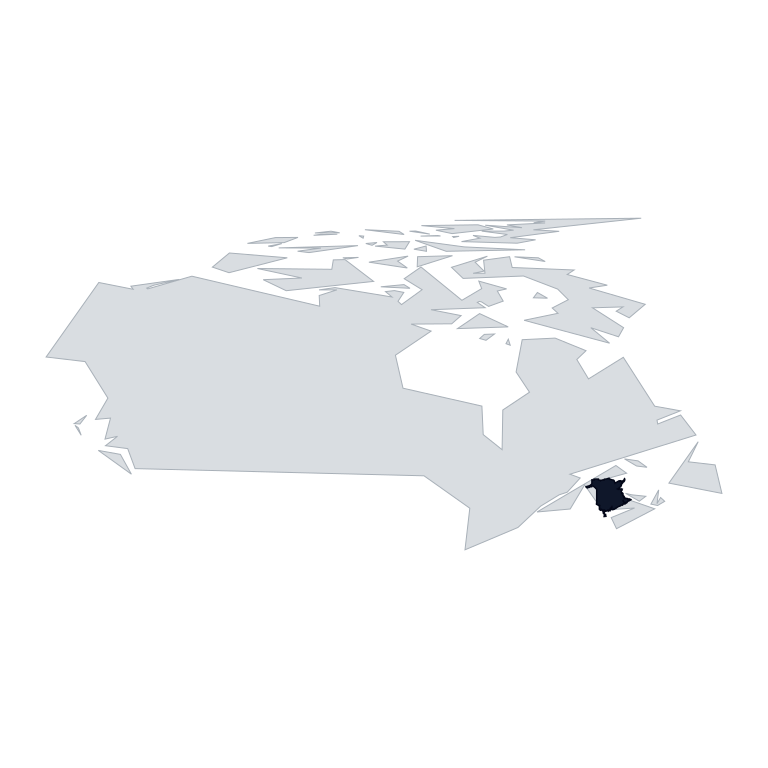 where New Brunswick sits in Canada
{"feature_id": "CAN-684", "entity_name": "New Brunswick", "entity_type": "Province", "adm_level": 1, "iso_a3": "CAN", "parent_name": "Canada", "parent_adm1": "", "projection": "equal_earth", "projection_center": [-65.996, 46.339], "detail": "fine", "context": "in_parent", "style": "filled", "palette": "ink", "viewbox_px": 768, "rotation_deg": 0, "n_neighbors": 0, "source": "natural_earth", "source_scale": "10m", "svg_char_len": 9257}
<svg xmlns="http://www.w3.org/2000/svg" viewBox="0 0 768 768"><path d="M107.9,398.1L85.1,361.6L46.1,357.0L98.8,282.5L133.2,289.3L130.9,286.2L179.3,279.4L153.8,285.2L146.7,288.1L147.7,288.9L191.9,276.2L319.7,306.2L319.2,295.5L336.9,289.9L319.0,289.9L335.0,287.6L392.0,297.0L385.5,291.6L394.4,290.6L403.8,292.4L398.0,301.3L401.5,304.6L422.1,289.7L404.2,278.7L421.0,267.0L461.9,300.3L481.7,288.6L478.8,281.1L506.6,288.9L497.3,291.0L503.2,301.1L488.6,306.4L481.5,301.9L479.4,301.4L477.3,302.4L485.2,307.7L431.0,309.7L461.1,315.6L451.7,323.8L411.1,324.1L431.1,331.1L395.4,355.2L403.0,388.2L481.9,406.1L483.2,434.6L502.1,449.7L502.8,410.0L529.5,392.2L516.1,372.0L522.2,339.7L555.1,338.1L586.0,350.7L576.8,359.5L588.5,378.9L623.3,357.3L654.7,406.2L680.4,410.8L657.0,420.1L657.7,424.0L680.6,415.0L696.0,435.0L569.9,474.2L580.2,478.0L567.2,492.2L559.2,494.8L540.7,506.1L517.9,527.5L465.0,549.8L469.8,508.2L424.0,475.8L135.1,468.6L127.7,448.6L105.5,445.7L117.5,436.3L105.0,439.1L110.5,418.1L95.5,419.4L107.9,398.1ZM473.1,273.3L485.0,273.2L483.6,260.2L509.6,256.7L512.2,267.5L574.1,270.0L567.2,274.5L607.3,285.2L589.1,288.0L645.2,304.3L629.2,317.8L616.2,311.2L623.0,306.9L592.5,307.8L623.6,327.7L618.5,336.8L590.8,327.7L609.6,343.2L524.1,320.3L558.0,313.3L552.2,308.0L568.3,299.7L557.7,289.1L523.5,276.0L463.1,278.4L451.5,267.3L487.4,256.2L475.1,262.2L484.1,271.1L473.1,273.3ZM454.6,220.4L641.2,218.2L533.4,229.8L559.2,231.3L510.2,237.7L535.6,239.8L517.2,243.2L461.5,241.6L479.9,238.2L473.0,235.4L494.9,237.4L500.5,237.0L507.4,234.5L481.7,231.1L503.9,231.1L513.6,230.2L485.2,225.2L522.0,227.7L506.9,224.9L545.1,223.0L533.7,222.7L545.2,221.1L454.6,220.4ZM257.4,268.5L331.8,269.3L333.3,259.9L345.0,259.6L373.6,281.4L286.2,290.7L263.2,279.7L301.9,278.0L257.4,268.5ZM602.3,510.2L584.6,484.9L570.2,509.0L537.0,512.0L615.9,465.5L626.6,473.2L606.0,478.9L624.4,498.3L654.7,508.8L616.5,528.7L611.2,517.6L634.6,508.0L602.3,510.2ZM229.4,253.0L287.3,257.8L229.0,272.7L212.4,267.1L229.4,253.0ZM421.4,225.6L478.0,224.8L493.3,229.0L452.1,233.6L435.9,230.2L454.4,228.6L421.4,225.6ZM415.1,240.3L464.2,246.9L525.1,249.8L446.2,251.3L415.1,240.3ZM278.7,247.9L358.0,245.6L309.0,252.6L297.6,251.2L320.9,248.1L278.7,247.9ZM698.2,441.7L688.3,461.8L715.1,464.9L721.9,493.4L668.9,483.1L698.2,441.7ZM368.9,262.2L408.1,256.1L397.6,261.1L407.3,268.0L368.9,262.2ZM457.5,328.6L479.6,313.6L508.2,326.9L457.5,328.6ZM417.6,256.7L452.5,255.7L417.2,266.8L417.6,256.7ZM298.0,237.4L284.2,242.6L247.4,243.4L275.4,237.6L298.0,237.4ZM409.5,241.7L404.9,249.1L375.0,246.1L387.2,245.1L383.4,241.8L409.5,241.7ZM364.9,229.7L399.0,231.3L404.1,234.5L364.9,229.7ZM98.3,450.4L120.4,454.4L131.4,474.2L98.3,450.4ZM514.5,256.8L538.3,257.8L545.2,261.5L514.5,256.8ZM380.8,286.8L404.0,284.6L410.0,288.3L380.8,286.8ZM426.1,246.0L426.5,251.3L413.9,249.2L426.1,246.0ZM415.6,231.0L429.8,234.1L409.5,231.2L415.6,231.0ZM537.4,292.5L547.5,298.2L533.4,297.8L537.4,292.5ZM320.3,234.4L337.3,234.2L313.6,235.3L320.3,234.4ZM358.5,257.4L347.3,259.0L342.8,257.8L358.5,257.4ZM658.7,489.9L657.0,503.7L660.6,497.5L664.7,501.3L657.6,505.5L650.9,504.1L658.7,489.9ZM331.0,231.2L339.7,232.8L314.9,233.0L331.0,231.2ZM647.0,467.3L636.6,466.0L624.5,458.9L638.1,460.9L647.0,467.3ZM494.5,334.0L486.0,340.3L479.7,338.5L484.3,334.4L494.5,334.0ZM74.2,423.6L86.7,415.3L79.9,424.0L74.2,423.6ZM420.6,236.1L437.8,235.5L440.5,236.0L420.6,236.1ZM377.0,242.5L372.1,245.3L365.8,243.5L377.0,242.5ZM625.5,493.3L631.7,494.8L645.8,496.3L639.3,501.2L625.5,493.3ZM508.3,339.2L510.2,345.2L506.0,343.7L508.3,339.2ZM281.8,243.6L271.6,246.6L268.2,246.1L281.8,243.6ZM459.1,236.3L453.6,237.5L452.7,236.5L459.1,236.3ZM363.7,236.1L363.1,238.2L358.9,235.7L363.7,236.1ZM75.0,425.3L78.4,427.9L81.2,435.3L75.0,425.3Z" fill="#d9dde1" stroke="#a8b0b8" stroke-width="1"/><path d="M601.9,510.1L601.2,509.8L600.9,510.2L600.6,510.3L600.3,510.2L600.0,509.9L599.7,509.4L599.3,509.1L599.3,508.9L599.3,508.7L599.6,508.2L599.7,507.7L599.2,507.0L599.2,506.6L599.7,506.1L599.8,505.7L599.7,505.4L598.7,505.3L598.2,505.2L597.5,504.8L597.2,504.4L597.0,504.5L596.9,504.5L596.5,504.3L596.5,504.1L596.5,503.5L596.5,503.4L596.8,502.9L596.6,502.3L596.9,501.8L596.7,501.4L596.7,489.6L596.6,489.1L596.1,488.8L595.9,488.4L595.5,488.2L595.3,487.8L595.1,487.5L594.7,487.3L594.2,486.8L593.7,486.6L593.4,486.2L593.0,486.0L592.5,485.9L592.1,486.0L591.8,486.4L591.8,486.7L591.4,486.8L591.1,486.6L590.7,486.6L590.1,486.9L589.6,487.3L589.0,487.3L588.6,487.4L587.5,487.9L587.3,487.9L586.2,487.2L586.0,486.8L586.7,486.5L588.6,486.0L590.1,485.4L590.4,485.2L591.6,484.1L591.8,483.9L591.9,483.6L591.9,479.9L594.2,479.9L594.2,479.1L598.4,479.1L598.4,479.8L599.2,480.0L600.0,480.4L600.2,480.5L600.5,480.8L600.6,480.7L600.7,480.3L600.8,480.2L601.2,480.3L601.6,480.2L602.0,480.3L602.3,480.2L602.7,479.9L603.1,479.9L603.3,479.9L603.9,480.2L604.0,480.1L604.0,479.6L604.1,479.4L604.4,479.2L604.7,479.1L605.8,479.2L606.2,479.0L606.8,479.0L607.3,478.7L608.7,478.3L609.0,478.3L608.9,478.7L609.1,478.9L609.3,479.0L609.8,479.0L610.0,479.3L610.1,479.2L612.2,479.9L613.1,480.0L613.5,480.1L613.9,480.4L614.1,480.7L614.6,482.1L614.8,482.4L615.1,482.7L614.8,482.8L615.0,483.2L615.4,482.7L615.6,482.6L616.4,482.5L616.7,482.3L617.3,481.7L618.0,481.5L618.6,481.0L620.2,480.7L620.6,480.8L619.9,481.2L619.8,481.5L620.5,481.4L621.2,481.1L621.9,481.1L622.1,481.2L622.2,481.3L622.2,481.6L621.6,481.7L621.6,481.8L622.2,481.9L622.3,482.2L622.4,482.3L622.4,482.2L622.4,481.8L622.6,481.6L622.8,481.7L623.2,482.0L622.5,482.3L622.5,482.5L622.0,482.6L622.0,482.8L622.1,483.0L621.5,483.7L621.3,483.8L621.3,484.1L621.2,484.3L621.5,484.3L621.1,484.9L621.0,485.0L621.1,484.9L621.5,484.7L621.3,485.4L621.2,486.1L621.2,485.6L620.8,486.2L620.8,486.7L620.7,486.8L620.1,487.0L619.9,487.2L619.6,487.4L619.4,487.7L617.6,488.9L617.3,488.9L617.3,489.0L618.4,489.1L618.7,488.9L618.6,489.4L619.2,489.4L619.9,489.0L620.2,488.9L620.3,489.0L620.5,489.2L620.6,489.3L621.0,489.0L621.2,488.9L621.9,489.0L622.1,489.1L621.9,489.3L622.1,489.8L622.1,490.1L621.7,490.4L621.3,490.9L621.3,491.2L621.3,491.5L621.5,492.1L621.8,492.6L622.2,493.0L621.8,493.1L621.7,493.2L621.7,493.5L621.8,493.5L621.9,493.3L622.2,493.3L622.6,493.6L622.5,493.4L622.6,493.2L622.7,493.3L622.9,493.4L623.0,493.8L622.9,494.6L622.9,494.8L623.1,495.0L623.2,495.4L622.9,495.7L623.1,495.8L623.3,495.8L623.7,496.2L623.8,496.3L623.8,496.7L623.7,497.0L623.0,497.3L623.3,497.3L623.7,497.3L624.1,497.2L624.3,496.9L624.4,497.1L624.6,497.4L624.5,497.6L624.3,497.7L624.2,497.9L624.3,498.5L624.6,498.3L625.6,498.3L625.8,498.5L626.1,498.4L626.9,498.4L627.5,498.6L627.6,498.8L627.7,499.1L628.0,499.1L628.1,498.9L628.1,499.0L628.3,499.2L628.7,498.9L629.3,498.9L629.5,499.0L629.9,499.2L630.6,499.4L631.0,499.7L630.8,499.9L630.2,500.0L630.0,500.3L628.4,500.3L628.4,500.5L628.7,501.0L628.0,501.2L627.7,501.3L627.4,501.9L627.0,502.3L626.7,502.8L626.3,502.3L626.1,502.2L625.9,502.3L626.0,502.4L626.2,502.5L625.9,502.6L625.5,503.3L625.1,503.5L625.0,504.0L624.9,504.0L624.7,504.0L624.4,503.9L624.6,503.8L624.7,503.5L624.9,503.0L624.5,502.6L624.5,502.0L624.4,502.2L624.3,502.3L624.2,502.2L623.7,501.5L623.3,501.0L623.2,500.5L623.0,500.3L622.7,500.0L623.0,500.4L623.1,500.6L623.0,500.9L623.0,501.0L623.3,501.3L623.5,501.5L623.8,502.0L624.1,502.4L624.2,502.5L624.1,502.9L623.3,503.7L623.6,504.0L623.2,504.0L623.0,504.4L622.9,504.6L622.6,505.1L622.4,505.2L622.1,505.0L621.4,505.1L621.0,505.3L620.6,505.8L619.0,506.4L617.8,506.9L616.4,507.9L616.1,508.0L615.9,508.4L615.2,508.5L614.9,508.8L614.6,508.9L614.3,509.2L614.1,509.3L613.7,509.1L613.5,509.4L612.9,509.7L612.6,509.7L612.0,509.5L611.8,509.0L611.6,508.9L610.8,508.6L611.7,507.9L611.9,507.6L612.0,507.2L611.9,506.9L611.8,507.1L611.5,507.3L611.2,508.1L610.9,508.0L610.6,508.1L610.3,508.3L610.4,508.6L610.6,508.8L610.9,508.9L611.4,509.0L611.0,509.4L610.8,509.6L610.7,509.8L610.3,510.1L610.2,510.3L610.0,509.9L609.8,509.8L609.3,509.8L609.1,509.9L609.8,510.0L609.7,510.3L609.0,510.4L608.9,510.6L608.9,510.8L608.6,510.8L608.2,511.2L608.0,510.8L607.7,510.3L607.5,510.5L607.2,510.5L606.3,511.1L606.0,511.2L605.8,511.2L605.7,511.0L605.5,511.3L605.2,511.4L605.2,511.0L605.1,510.9L605.1,511.0L604.7,511.1L604.5,511.3L604.3,511.4L604.1,510.8L604.2,510.7L604.7,510.6L604.1,510.3L603.9,509.9L603.6,510.0L603.5,510.3L603.2,510.2L603.0,510.5L602.9,511.0L603.0,511.2L602.8,511.1L602.6,511.0L602.2,510.3L602.2,509.8L601.9,509.6L601.7,509.5L601.8,509.8L601.9,510.1ZM604.5,515.3L604.6,514.8L604.8,514.4L605.1,514.3L605.3,514.3L605.4,514.5L605.6,514.5L605.6,514.8L605.5,514.7L605.4,514.8L605.7,515.8L606.0,516.1L606.0,516.3L605.8,516.4L605.7,516.3L605.6,515.9L605.3,515.9L605.2,515.8L605.0,516.0L604.7,516.0L604.4,516.5L604.1,516.5L604.3,515.5L604.5,515.3ZM624.6,480.3L624.5,480.1L624.8,479.7L624.6,480.3L624.5,480.8L624.3,481.2L623.4,482.0L623.3,481.8L623.0,481.7L623.4,481.4L623.3,481.2L623.0,481.3L623.1,481.1L622.9,481.0L623.0,480.7L623.8,480.3L624.0,480.4L623.9,480.6L624.4,480.5L624.6,480.3ZM624.2,479.4L624.4,478.9L624.5,478.7L624.7,478.9L624.8,479.5L624.7,479.7L624.5,479.9L623.8,480.1L624.2,479.4ZM604.2,513.3L603.9,513.5L604.0,513.9L603.7,513.8L603.5,513.5L603.7,513.4L603.7,513.2L603.9,512.7L604.2,512.6L604.2,512.8L604.3,512.9L604.2,513.3ZM603.8,512.2L603.5,512.9L603.3,512.6L603.2,512.3L603.6,511.9L603.8,511.8L603.8,512.2Z" fill="#0f172a" stroke="#020617" stroke-width="1.5"/></svg>